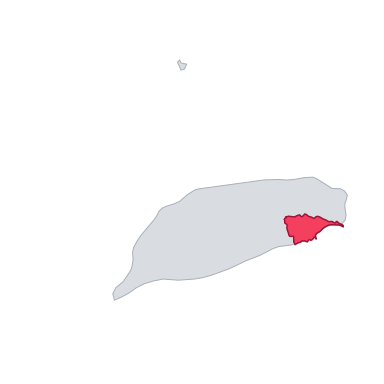 Yilan highlighted on a map of Taiwan, rotated 55°
{"feature_id": "TWN-1163", "entity_name": "Yilan", "entity_type": "County", "adm_level": 1, "iso_a3": "TWN", "parent_name": "Taiwan", "parent_adm1": "", "projection": "natural_earth1", "projection_center": [121.682, 24.662], "detail": "fine", "context": "in_parent", "style": "filled", "palette": "rose", "viewbox_px": 384, "rotation_deg": 55, "n_neighbors": 0, "source": "natural_earth", "source_scale": "10m", "svg_char_len": 2289}
<svg xmlns="http://www.w3.org/2000/svg" viewBox="0 0 384 384"><g transform="rotate(55 192 192)"><path d="M246.8,265.5L242.9,274.3L239.8,283.6L238.5,292.3L238.6,301.4L237.7,309.5L236.1,317.6L230.0,315.3L226.7,309.5L226.0,300.0L221.6,288.5L219.9,285.3L213.5,278.9L207.8,275.7L203.3,270.9L203.9,271.3L200.6,265.0L198.1,258.2L192.9,238.9L191.2,234.3L188.8,230.0L188.1,225.8L188.9,221.2L191.2,214.2L192.6,207.2L191.5,197.6L192.0,188.1L193.7,183.9L223.3,126.3L231.3,114.0L236.2,108.0L240.3,101.2L244.2,92.6L249.0,84.7L252.5,82.3L269.3,75.3L274.6,68.5L278.8,66.4L283.6,66.5L286.7,69.8L289.4,73.6L292.3,75.6L299.8,79.4L303.0,83.0L304.5,89.2L300.0,95.0L297.7,100.3L297.3,106.2L298.1,114.1L298.2,122.1L292.5,140.8L286.4,152.4L284.8,158.2L282.9,172.6L279.3,187.0L276.3,205.3L271.2,224.1L268.4,232.0L264.9,239.6L256.4,253.8L246.8,265.5ZM84.3,123.0L87.0,128.0L85.8,131.1L77.2,129.4L76.8,126.4L80.0,127.0L84.3,123.0Z" fill="#d9dde1" stroke="#a8b0b8" stroke-width="1"/><path d="M307.2,88.2L304.4,89.7L303.1,90.9L298.6,96.8L297.9,98.1L297.4,99.8L297.0,101.8L296.9,103.8L297.0,105.7L297.7,109.7L297.7,110.7L297.4,111.7L297.4,113.8L298.2,115.5L299.8,116.5L301.6,116.9L301.6,117.3L300.8,117.2L300.1,117.3L299.5,117.5L299.0,117.9L299.7,119.2L300.0,120.9L299.8,122.3L298.4,123.2L298.3,123.9L298.4,124.6L298.8,125.3L299.0,126.1L298.4,126.7L296.9,127.6L295.2,129.7L295.2,130.5L295.3,132.3L295.0,133.0L294.7,133.6L294.5,134.5L294.4,136.1L294.3,136.5L294.0,136.9L293.9,137.2L294.1,137.7L293.9,137.7L291.3,137.3L286.9,134.4L286.0,134.6L285.4,136.2L284.2,137.4L282.7,137.3L280.7,136.5L277.1,135.5L275.6,134.7L275.0,134.2L273.6,133.0L272.5,133.0L271.3,133.6L270.4,133.7L269.5,133.1L268.5,132.4L267.3,132.1L266.9,131.2L267.1,129.7L266.2,129.5L267.3,126.7L270.6,123.1L271.5,121.6L271.4,120.4L271.7,119.2L272.2,117.5L272.4,117.1L273.3,116.7L274.1,116.9L274.9,116.5L275.4,115.5L274.7,112.3L275.9,111.3L276.7,111.1L278.1,110.7L279.2,110.2L280.1,109.3L281.3,108.5L282.9,107.6L283.8,106.9L283.7,106.4L283.5,105.5L283.4,104.5L283.9,103.2L285.0,102.2L285.9,101.6L289.0,100.2L292.2,98.1L293.7,97.6L294.9,96.7L295.6,95.4L296.4,94.3L297.3,93.8L298.1,93.5L299.2,92.7L299.6,91.8L299.0,90.8L299.3,90.1L302.0,89.5L302.9,88.9L304.8,87.7L306.3,87.4L307.1,87.9L307.2,88.2Z" fill="#f43f5e" stroke="#9f1239" stroke-width="1.5"/></g></svg>